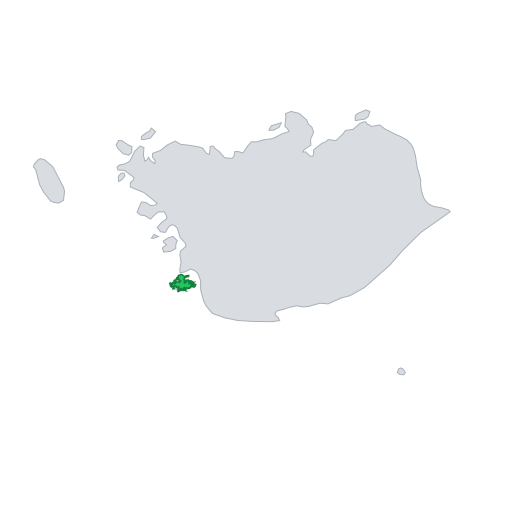 location of Geoje-si, South Gyeongsang, South Korea, rotated 78°
{"feature_id": "91817680B58127051569150", "entity_name": "Geoje-si", "entity_type": "district", "adm_level": 2, "iso_a3": "KOR", "parent_name": "South Korea", "parent_adm1": "South Gyeongsang", "projection": "albers", "projection_center": [128.639, 34.872], "detail": "fine", "context": "in_parent", "style": "filled", "palette": "green", "viewbox_px": 512, "rotation_deg": 78, "n_neighbors": 0, "source": "geoboundaries", "source_scale": "gbopen_adm2", "svg_char_len": 8733}
<svg xmlns="http://www.w3.org/2000/svg" viewBox="0 0 512 512"><g transform="rotate(78 256 256)"><path d="M151.3,117.8L153.2,116.4L153.3,114.4L153.5,107.8L158.6,103.4L166.1,94.1L169.7,89.1L173.8,84.4L178.6,81.2L183.2,79.8L190.4,79.2L204.2,80.0L207.0,79.5L216.6,79.1L218.9,80.0L225.9,80.6L233.6,80.0L237.5,78.6L241.2,76.3L244.3,72.1L247.6,64.2L251.1,58.0L253.1,56.9L267.3,89.9L280.9,111.2L292.5,126.6L309.3,156.2L314.3,172.0L314.9,181.9L317.8,195.4L315.5,203.2L316.3,215.4L315.3,221.7L313.2,226.3L313.2,235.2L313.9,240.0L314.0,246.3L315.4,248.7L317.3,249.6L320.4,247.3L324.1,246.3L323.6,253.9L319.2,273.2L315.3,287.2L310.0,299.4L303.1,310.6L294.8,315.0L289.0,316.6L277.9,317.2L268.6,315.3L260.7,316.6L257.5,319.0L255.1,322.9L256.8,329.1L256.6,333.7L253.2,333.3L246.5,330.6L239.0,330.2L235.5,328.9L232.0,322.4L228.4,322.6L222.1,326.4L212.5,327.2L209.1,329.3L207.9,331.9L209.3,335.4L214.1,339.9L212.4,344.4L207.4,346.7L203.3,341.0L200.9,335.5L198.0,335.2L193.6,336.7L192.7,342.6L194.7,346.6L198.0,351.4L193.2,356.7L191.9,360.5L188.5,363.2L179.3,356.9L180.7,352.6L184.8,348.5L185.3,344.2L184.0,341.6L170.7,352.3L162.4,364.6L158.1,363.6L156.4,360.4L153.9,359.0L144.9,366.9L143.2,373.2L140.0,373.4L138.6,370.6L138.6,364.9L137.2,360.0L128.3,352.8L124.3,346.5L126.6,343.1L134.1,345.2L140.1,345.0L139.0,342.1L137.1,340.7L141.1,339.1L144.5,335.8L141.8,334.8L137.5,336.7L134.1,335.7L132.9,327.5L128.8,319.2L126.8,311.1L131.1,306.5L133.4,299.4L137.5,289.1L139.5,285.7L144.9,283.4L146.9,280.7L144.0,279.3L139.3,278.0L139.5,275.0L142.7,273.4L146.3,270.2L153.4,266.3L155.6,258.7L153.7,256.8L149.4,254.9L150.4,251.0L152.3,248.1L151.7,246.4L146.7,241.3L143.4,236.8L144.5,231.6L143.9,223.8L144.5,217.3L144.3,213.8L142.0,205.8L141.1,197.8L137.8,198.9L135.1,200.8L125.9,197.8L122.9,197.5L121.9,191.6L125.4,184.3L133.5,178.1L138.0,177.4L141.5,174.6L146.9,173.9L153.2,178.4L159.0,179.3L162.1,187.0L164.0,188.6L164.5,185.8L169.2,182.6L170.3,180.2L169.3,178.9L164.0,177.4L159.4,168.0L158.8,163.9L157.1,161.2L159.8,153.8L154.4,145.2L151.8,142.4L152.3,134.8L149.6,129.8L148.0,127.1L147.1,122.5L148.0,120.4L150.5,119.7L151.3,117.8ZM125.7,453.5L122.8,455.1L120.3,454.0L119.6,453.3L116.6,449.0L115.9,446.8L118.0,442.7L126.7,436.1L148.9,430.0L152.8,429.8L161.5,432.7L163.2,438.0L161.6,442.5L159.5,445.5L149.3,450.5L141.4,452.8L125.7,453.5ZM274.6,339.0L268.9,343.5L261.2,337.4L259.4,334.0L265.2,329.1L270.2,323.5L273.4,323.1L274.6,339.0ZM233.7,338.3L233.0,345.5L228.7,345.9L226.2,341.2L223.4,343.5L222.0,343.5L219.9,337.7L219.6,333.2L224.6,329.8L227.7,331.9L232.0,333.0L233.7,338.3ZM121.9,368.8L118.0,369.8L115.9,367.2L114.4,366.5L115.3,363.2L121.8,356.8L123.1,354.6L128.9,356.1L131.0,359.6L128.2,364.8L121.9,368.8ZM144.7,120.9L144.2,130.7L141.0,130.2L138.8,129.1L137.9,127.2L135.9,118.1L138.4,114.5L143.1,117.5L144.7,120.9ZM118.8,342.1L118.0,343.9L115.4,343.3L112.8,338.1L111.8,334.1L109.1,331.8L113.5,328.4L118.8,334.8L118.8,342.1ZM136.6,212.5L135.7,217.3L131.8,214.0L130.9,203.5L134.9,206.7L136.6,212.5ZM401.9,139.8L399.3,142.0L396.1,139.9L395.6,137.6L397.3,135.5L401.1,134.2L402.9,136.0L401.9,139.8ZM153.5,371.4L154.5,375.0L149.6,374.2L147.0,370.8L147.4,367.9L150.4,367.5L153.5,371.4ZM217.4,352.3L216.7,354.6L213.7,351.1L216.7,347.3L217.4,352.3Z" fill="#d9dde1" stroke="#a8b0b8" stroke-width="1"/><path d="M271.4,321.3L270.6,321.1L271.2,321.5L270.7,321.7L270.6,322.6L270.4,322.5L270.4,322.4L270.3,322.2L270.4,322.5L270.4,323.1L270.2,323.3L270.1,323.6L270.4,323.6L270.7,323.8L270.8,323.6L271.1,324.0L270.9,324.1L270.5,324.0L270.8,324.4L271.0,324.9L270.7,325.0L270.6,324.8L270.6,324.6L270.3,324.2L270.1,324.5L269.9,324.3L269.7,324.3L269.7,324.6L270.0,324.7L270.1,325.0L269.9,324.8L269.6,324.8L269.5,325.0L269.4,324.8L269.3,325.3L269.6,325.4L269.6,325.6L269.4,325.7L268.9,325.5L268.9,324.7L268.9,324.4L269.2,324.6L269.2,324.4L268.8,324.1L269.1,324.0L269.1,323.8L269.2,323.7L269.2,323.4L269.4,323.2L269.0,322.5L269.0,322.8L268.7,323.0L268.4,323.0L268.2,323.2L268.1,323.3L267.9,323.5L268.0,323.7L268.2,323.9L268.1,324.2L267.7,324.3L267.5,324.1L267.1,324.2L267.0,324.5L267.5,324.4L267.7,324.6L267.4,324.9L267.4,325.1L267.2,325.2L266.9,325.1L266.7,325.3L266.8,325.5L266.6,326.0L267.0,326.1L267.2,325.9L267.2,325.6L267.4,325.3L267.7,325.6L267.9,325.6L267.7,325.8L267.8,325.9L268.2,325.7L268.4,325.8L268.7,325.7L268.9,325.6L269.1,325.7L269.2,325.8L269.2,326.0L268.9,326.6L268.9,326.8L269.2,327.0L269.1,327.3L268.9,327.1L268.6,327.2L268.4,326.9L268.2,326.8L268.2,326.6L268.1,326.9L268.0,327.0L267.5,326.8L267.2,327.0L267.1,326.8L266.6,327.2L266.4,327.2L266.5,327.1L266.6,326.8L266.7,326.7L266.4,326.3L266.1,326.5L266.0,327.0L266.1,327.3L265.9,327.7L265.7,327.8L265.4,327.6L265.4,327.8L265.2,328.0L265.2,328.4L265.8,328.8L265.6,328.9L265.9,329.2L266.1,329.1L266.2,329.6L266.7,329.7L266.7,329.9L266.6,330.1L266.5,330.4L266.8,330.5L266.8,330.2L267.1,330.2L267.6,330.8L267.7,331.0L267.6,331.5L267.1,331.9L266.2,331.2L265.5,330.4L264.7,330.7L264.7,331.2L264.3,331.5L264.0,331.5L263.5,331.1L262.9,330.8L262.4,330.1L262.1,330.0L261.1,330.2L260.2,331.2L259.6,331.6L258.9,332.3L258.7,332.6L258.5,333.3L258.9,334.8L258.8,335.6L259.3,336.2L260.1,336.3L260.2,336.8L260.7,337.6L260.8,338.1L261.0,338.2L261.3,337.7L261.3,337.3L261.4,337.1L261.7,337.3L261.7,337.2L261.3,336.9L261.7,336.7L261.4,336.5L262.1,336.4L262.0,336.5L262.3,336.7L262.3,336.3L263.9,336.4L264.0,336.3L263.8,335.7L264.4,334.9L264.5,334.8L265.0,335.0L265.1,335.3L265.4,335.3L265.4,335.8L265.0,335.7L264.8,335.6L264.8,335.8L265.2,336.0L265.3,336.3L265.2,336.3L265.6,336.7L265.8,336.8L265.2,337.5L265.2,337.9L265.1,338.8L264.7,339.3L264.2,339.4L263.9,339.6L263.4,339.5L263.0,339.6L262.7,339.9L262.5,340.3L262.8,340.4L263.5,339.7L264.2,339.8L263.9,340.1L263.8,340.4L263.3,340.5L263.2,340.8L263.3,341.3L263.5,341.2L263.8,341.4L264.0,341.2L264.1,340.8L264.5,340.7L265.0,340.6L265.5,340.5L265.9,340.6L265.5,341.0L266.0,341.2L266.2,341.4L266.0,341.6L265.6,341.5L265.3,341.7L265.1,341.5L264.8,341.6L265.0,342.1L264.7,342.4L264.7,343.1L265.2,343.5L265.6,343.4L265.8,343.7L266.3,343.6L266.5,343.9L266.3,344.3L266.1,344.3L265.9,344.5L265.7,344.6L265.2,344.5L265.3,344.9L265.0,345.1L264.8,345.7L264.6,345.7L264.8,346.0L265.1,345.7L265.5,345.6L265.9,345.6L266.1,345.7L266.1,345.9L266.6,346.0L266.9,345.9L267.2,345.9L267.4,345.3L267.8,345.3L268.2,345.6L268.4,345.5L268.7,345.2L268.0,344.8L267.5,343.9L267.5,344.1L267.3,344.0L267.8,343.5L267.7,343.8L268.0,343.8L268.5,343.6L269.1,343.7L269.3,343.3L269.9,343.4L270.1,343.6L270.5,343.4L270.4,343.6L270.4,343.9L270.5,344.0L270.7,343.5L271.0,343.6L270.8,343.0L270.6,342.9L270.5,343.1L270.3,342.8L270.2,343.0L269.2,343.1L269.0,342.7L268.8,342.3L268.7,341.9L268.3,341.6L268.5,340.9L268.7,340.4L269.2,340.4L269.4,340.7L269.8,340.6L270.1,340.3L270.3,340.2L270.5,339.8L270.1,339.4L270.1,339.2L270.3,339.1L270.1,338.8L270.2,338.5L270.1,338.0L270.7,337.9L271.6,338.2L271.6,338.7L271.4,338.9L271.8,339.1L272.1,338.9L271.9,338.3L272.2,338.2L272.6,337.8L273.0,338.7L272.8,338.9L272.7,339.1L272.8,339.2L273.4,339.4L273.9,339.4L274.3,339.8L274.5,339.8L274.5,339.4L274.3,339.3L274.5,338.9L273.8,337.9L273.5,337.9L273.5,337.3L273.2,337.2L273.3,337.0L273.7,336.8L273.5,336.4L273.2,336.1L273.0,336.5L272.5,336.7L272.3,336.5L272.2,335.9L273.0,335.3L273.1,335.2L273.4,335.2L273.7,335.8L274.2,335.8L274.3,335.4L274.2,335.1L273.9,334.8L273.9,334.5L273.6,334.1L273.9,333.9L274.0,334.3L274.6,334.1L274.7,333.7L274.5,333.1L274.8,333.0L274.8,332.6L275.0,332.5L275.3,331.9L274.6,332.3L274.5,332.6L274.3,332.6L274.1,332.1L273.8,332.3L273.5,332.3L273.1,332.9L273.2,333.2L272.8,333.7L272.2,333.3L272.0,333.0L271.9,332.2L272.4,332.1L272.6,331.5L272.8,331.5L273.2,331.4L272.8,330.7L273.0,330.6L273.2,330.8L273.5,330.5L273.5,330.2L273.2,330.0L273.2,329.8L273.2,329.6L273.3,329.4L273.1,329.2L273.1,328.8L273.3,328.7L273.2,328.5L273.3,328.4L273.6,328.8L273.8,328.7L273.7,328.1L273.6,327.9L273.3,327.8L273.0,327.2L273.2,326.9L273.1,326.7L272.5,326.6L272.3,326.2L272.1,326.3L271.8,326.0L271.8,325.6L272.0,325.4L271.9,325.2L272.2,324.8L272.1,324.7L271.8,324.8L271.7,324.4L272.1,324.2L272.5,324.4L272.5,324.0L272.2,324.0L272.2,323.6L272.6,323.4L272.8,323.6L273.2,323.3L273.1,323.2L273.4,322.8L273.3,322.7L273.3,322.3L272.8,321.8L272.5,321.8L272.1,321.4L272.1,321.8L271.8,321.8L271.5,321.7L271.4,321.3ZM262.1,328.3L261.6,328.0L261.4,327.5L261.6,327.1L262.0,326.9L262.2,326.5L262.1,326.4L262.0,326.2L261.1,325.9L260.9,326.7L260.9,326.8L261.2,327.1L261.1,327.3L261.2,327.6L261.0,327.8L261.1,328.0L260.9,328.2L260.8,328.5L261.0,328.8L261.3,329.0L261.6,329.4L261.8,329.3L261.6,329.2L261.8,329.0L261.6,328.7L261.9,328.7L262.2,328.6L262.1,328.3ZM262.2,338.4L262.7,337.7L262.8,337.5L262.6,337.1L262.1,337.2L262.0,337.8L261.7,338.0L261.7,338.6L261.9,338.6L262.2,338.4Z" fill="#22c55e" stroke="#15803d" stroke-width="1.5"/></g></svg>